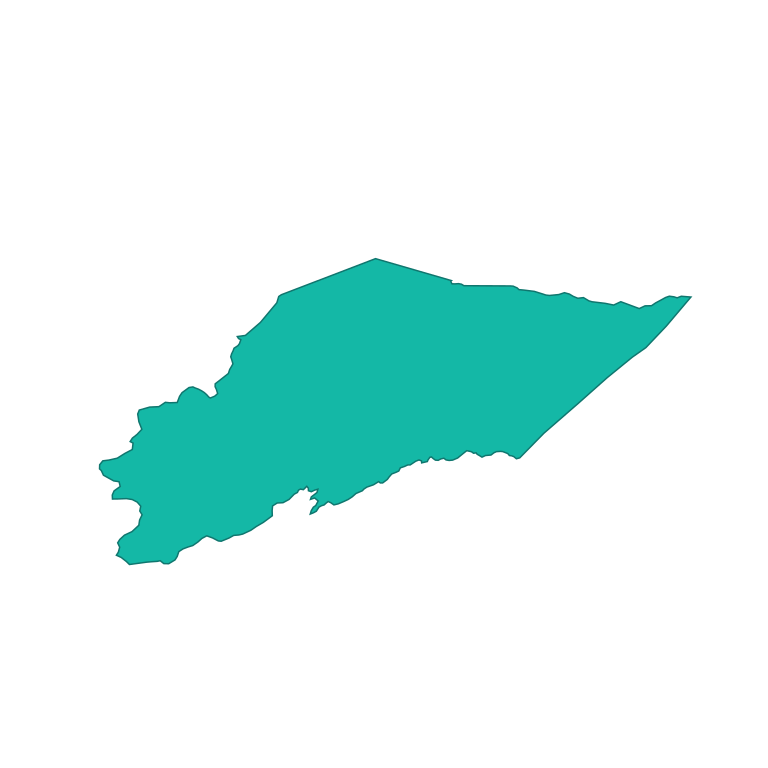 Perlis, Perlis, Malaysia (Equal Earth projection), rotated 245°
{"feature_id": "92858781B47939321084685", "entity_name": "Perlis", "entity_type": "district", "adm_level": 2, "iso_a3": "MYS", "parent_name": "Malaysia", "parent_adm1": "Perlis", "projection": "equal_earth", "projection_center": [100.219, 6.488], "detail": "fine", "context": "isolated", "style": "filled", "palette": "teal", "viewbox_px": 768, "rotation_deg": 245, "n_neighbors": 0, "source": "geoboundaries", "source_scale": "gbopen_adm2", "svg_char_len": 3173}
<svg xmlns="http://www.w3.org/2000/svg" viewBox="0 0 768 768"><g transform="rotate(245 384 384)"><path d="M489.0,271.1L486.6,271.4L484.7,273.0L481.7,270.1L480.5,267.9L479.8,263.2L477.9,261.3L475.6,258.5L473.4,256.6L470.6,256.3L466.1,255.6L464.5,253.4L462.4,250.3L459.3,247.4L457.9,241.5L455.5,231.1L452.9,229.8L449.9,229.8L445.6,229.2L444.5,225.4L444.7,220.7L446.1,219.7L449.2,218.8L452.2,217.5L454.8,215.9L457.7,213.7L460.2,211.2L462.1,209.6L463.2,205.8L461.5,197.3L459.2,193.5L454.6,188.8L457.5,181.9L459.8,178.1L458.6,170.4L462.1,161.9L463.8,151.2L460.9,148.1L453.4,145.9L445.3,145.4L442.7,139.0L441.3,133.1L439.1,129.6L436.5,131.6L431.0,128.2L430.6,119.8L429.5,110.9L431.3,102.6L433.2,96.7L431.0,92.2L427.3,90.3L425.1,91.2L419.9,91.2L410.4,98.1L407.4,102.6L402.6,101.6L401.2,94.2L398.2,90.8L394.5,89.3L392.3,94.2L389.0,102.1L385.7,107.0L381.3,110.4L376.1,111.9L372.1,109.0L367.7,109.5L364.0,105.0L359.6,102.1L356.7,93.2L356.7,84.9L354.8,78.9L352.6,75.5L347.8,75.5L343.8,72.1L341.9,69.1L337.9,72.5L332.0,75.5L328.0,77.0L322.8,93.7L321.0,98.6L319.1,103.5L318.4,106.5L314.3,108.5L312.1,112.9L312.9,120.3L315.1,123.7L318.8,127.2L319.5,132.1L319.1,137.5L318.4,142.4L319.5,148.8L321.0,153.7L321.3,159.2L316.9,163.6L311.8,167.5L310.3,170.0L309.9,178.4L310.3,183.8L308.5,188.7L307.7,192.6L307.7,201.5L308.8,207.9L309.6,216.3L311.8,227.1L316.5,229.1L320.6,231.5L321.3,236.9L319.1,242.3L319.5,249.2L322.1,256.1L322.3,259.7L323.9,261.6L324.1,263.8L322.3,266.3L323.9,270.8L321.6,271.4L319.2,270.4L317.1,272.6L317.1,276.4L316.6,279.6L314.0,277.4L313.3,274.5L312.4,270.4L310.5,268.6L310.0,273.0L305.8,274.9L302.7,270.8L302.2,267.9L299.9,264.5L297.3,262.2L297.1,265.7L297.3,268.9L299.9,273.0L300.1,276.1L299.7,278.6L300.6,281.5L301.1,283.7L298.9,285.6L295.6,287.5L294.7,291.9L294.5,297.9L294.5,302.9L295.2,307.6L296.6,312.3L296.4,319.3L297.3,321.5L297.8,324.9L297.1,331.9L297.5,335.3L297.8,337.9L295.9,338.8L294.9,341.0L296.1,346.7L297.5,349.2L299.2,353.0L298.9,357.4L298.9,360.6L301.1,363.4L300.6,367.8L300.6,371.3L299.6,373.5L300.1,376.9L300.6,380.1L300.4,383.6L298.5,385.5L296.6,384.8L295.4,390.5L296.6,391.8L298.2,394.6L297.8,396.2L295.6,397.1L293.3,398.4L291.9,400.9L292.1,403.7L291.4,406.9L289.0,408.1L287.2,410.7L286.0,414.1L285.8,419.5L287.4,425.8L288.6,430.8L285.7,434.6L283.4,435.9L282.7,438.4L281.0,438.7L279.2,440.0L276.3,441.9L276.3,445.7L274.4,451.0L275.2,454.5L275.2,457.3L273.7,461.1L272.6,463.0L270.0,465.5L268.6,466.8L266.2,467.4L265.0,469.3L263.4,470.9L260.3,472.4L259.7,475.8L271.8,508.1L284.4,552.0L295.4,588.9L303.4,620.5L306.3,636.7L317.2,664.4L333.1,698.9L337.9,690.5L338.2,686.1L340.5,683.6L343.0,679.7L343.4,675.7L343.0,669.8L342.7,664.4L341.9,659.5L344.5,653.6L344.5,647.2L358.5,633.4L358.5,625.5L363.6,618.6L370.6,607.3L372.8,604.8L378.0,601.3L379.8,595.9L383.5,592.5L387.2,590.0L390.5,586.1L391.2,580.2L394.3,571.4L396.2,568.3L398.3,566.1L401.2,562.9L404.4,559.4L410.1,550.3L412.5,546.2L414.8,545.3L418.1,542.4L419.5,539.9L439.3,498.0L441.7,496.4L443.5,493.9L444.7,490.7L446.1,487.9L449.0,487.9L449.2,488.8L501.2,429.3L508.3,328.7L507.8,325.6L502.9,321.2L492.0,297.9L486.6,278.9L489.0,271.1Z" fill="#14b8a6" stroke="#0f766e" stroke-width="1.5"/></g></svg>